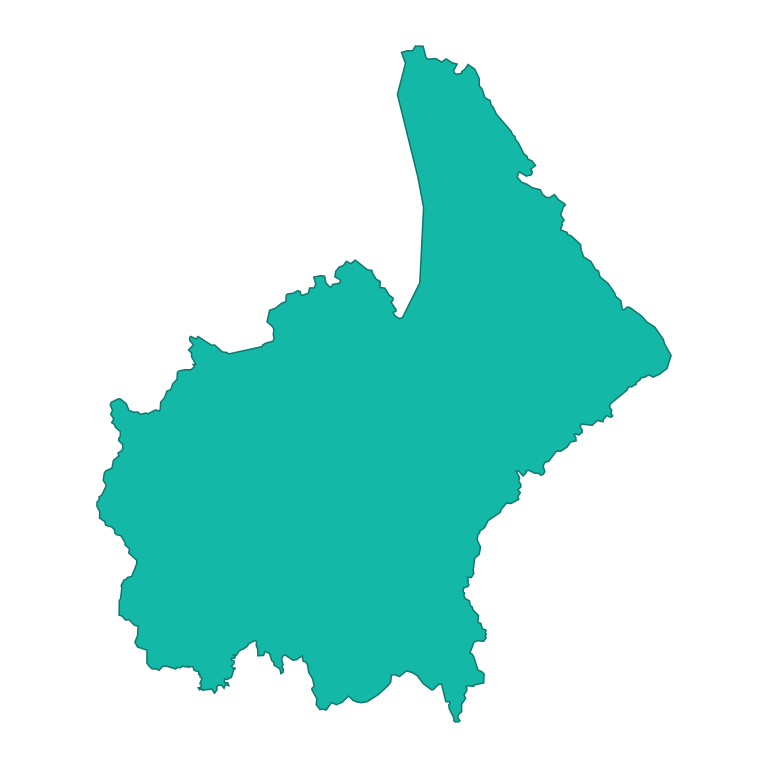 Sangkhla Buri, Kanchanaburi, Thailand
{"feature_id": "78962969B87118801609333", "entity_name": "Sangkhla Buri", "entity_type": "district", "adm_level": 2, "iso_a3": "THA", "parent_name": "Thailand", "parent_adm1": "Kanchanaburi", "projection": "albers", "projection_center": [98.539, 15.257], "detail": "fine", "context": "isolated", "style": "filled", "palette": "teal", "viewbox_px": 768, "rotation_deg": 0, "n_neighbors": 0, "source": "geoboundaries", "source_scale": "gbopen_adm2", "svg_char_len": 6088}
<svg xmlns="http://www.w3.org/2000/svg" viewBox="0 0 768 768"><path d="M667.0,368.4L671.1,355.5L664.7,344.1L663.3,339.3L654.6,326.9L647.1,322.2L641.3,315.8L629.6,307.3L627.2,307.1L624.0,309.8L622.2,309.3L620.9,300.8L615.6,296.2L614.5,292.7L608.1,283.5L600.0,276.9L598.5,270.9L595.4,269.5L590.9,261.5L583.6,256.8L581.2,250.3L580.5,244.5L571.2,235.9L567.7,234.6L567.0,232.4L560.4,229.7L562.3,224.9L561.7,223.1L564.1,220.3L560.6,214.9L563.5,206.6L565.4,205.2L564.9,204.1L558.2,199.5L554.5,194.6L549.4,197.7L546.4,197.4L542.2,194.1L540.3,189.7L532.0,187.7L527.3,184.4L521.5,182.2L517.1,177.0L519.1,171.7L526.2,176.1L531.4,174.8L532.3,172.1L530.8,169.2L535.5,165.5L532.2,161.1L527.8,159.0L526.8,156.0L523.9,153.9L518.4,142.9L515.9,140.0L514.8,136.3L512.6,134.9L511.3,131.5L496.3,114.1L493.2,107.2L491.1,105.1L490.2,100.6L485.0,97.8L482.3,89.5L479.2,85.6L479.2,78.5L474.8,69.2L468.0,64.5L465.1,69.1L461.7,71.6L461.6,73.3L456.4,74.3L454.3,72.9L453.6,70.8L457.1,64.1L452.1,62.8L446.3,58.9L441.6,62.0L435.7,58.6L427.7,59.2L425.9,57.1L423.1,46.2L415.3,46.1L412.7,50.7L407.1,50.8L401.5,52.5L405.5,63.3L397.4,94.4L417.9,177.2L423.6,207.4L419.8,282.8L402.9,316.7L401.6,318.1L399.0,318.4L394.8,315.8L393.1,312.2L395.9,311.3L396.1,309.8L391.0,302.2L392.7,300.7L393.2,298.2L389.0,294.9L384.9,288.1L379.9,287.5L380.3,281.5L376.3,279.3L372.5,273.2L371.9,270.4L367.6,269.9L355.2,260.1L350.9,263.7L346.5,261.3L343.0,265.8L339.2,267.0L335.8,271.2L334.9,276.9L339.9,279.6L340.4,281.7L339.0,283.4L332.9,284.3L331.2,287.0L329.9,287.1L325.8,282.8L324.6,276.2L321.1,275.6L313.8,277.1L315.8,284.2L314.2,287.9L309.6,288.0L308.3,293.3L301.8,295.4L300.8,294.9L300.3,291.6L297.8,290.7L292.9,293.3L287.3,294.0L286.2,295.3L285.9,301.7L281.8,303.1L275.6,308.1L269.6,310.3L267.0,321.8L272.7,326.8L273.8,329.3L273.3,334.8L274.2,338.7L272.7,341.3L265.4,343.3L262.6,345.1L262.2,346.6L229.0,353.9L226.7,352.5L222.3,351.9L214.8,345.1L211.3,345.1L198.0,336.5L196.2,338.9L190.6,336.4L189.6,337.5L189.8,340.7L193.5,344.8L188.5,350.0L191.5,352.9L191.6,357.0L195.8,364.3L193.1,364.5L194.3,365.8L193.8,367.3L190.8,369.8L184.9,369.7L179.0,370.9L177.4,372.4L177.0,379.2L172.7,384.0L170.7,389.7L166.9,391.1L164.7,397.5L160.7,402.1L160.2,409.5L159.2,411.0L155.5,409.9L148.0,413.8L145.9,413.0L140.5,414.4L138.0,412.0L134.0,412.2L129.0,410.5L126.2,403.6L120.1,398.9L118.4,398.8L111.3,402.2L110.2,404.9L112.5,410.3L110.7,414.3L113.8,419.0L111.6,422.7L114.5,424.5L115.4,427.3L120.2,431.3L120.4,436.0L118.7,438.5L118.7,440.7L122.6,444.4L122.9,448.4L121.5,450.7L118.0,453.0L118.8,456.0L113.5,460.2L111.9,468.2L105.8,470.8L104.3,473.1L103.2,480.3L106.4,485.3L101.8,495.0L98.9,497.1L99.3,499.5L97.0,502.1L96.9,506.2L99.8,511.7L99.5,518.1L104.8,521.6L105.6,525.2L112.0,527.1L114.5,529.8L115.0,533.4L116.4,534.6L120.9,535.7L125.1,542.6L125.0,544.9L129.5,548.8L128.7,552.9L136.8,560.3L136.6,564.1L131.7,576.4L127.3,577.5L125.8,579.5L123.9,580.0L121.2,585.5L121.8,588.1L120.6,598.5L119.3,600.6L119.1,615.3L121.7,615.8L125.8,620.2L128.9,619.5L134.2,625.1L138.1,626.3L137.5,635.8L134.9,642.1L137.6,647.1L147.0,650.1L146.9,663.1L149.1,666.2L152.2,669.0L156.6,669.0L159.0,670.3L163.0,666.2L166.9,666.2L175.7,669.0L176.9,667.6L180.8,667.6L182.9,666.1L186.0,667.0L187.9,666.3L188.3,667.2L192.8,666.4L194.1,670.4L198.9,671.8L198.6,674.3L199.9,674.7L200.0,676.9L202.0,678.3L199.9,683.6L201.2,684.4L201.0,687.3L198.2,687.8L199.5,689.8L201.6,688.5L202.3,690.2L211.9,689.1L214.5,693.2L217.0,689.9L216.9,686.7L218.5,685.2L221.9,685.5L224.0,688.3L225.4,684.4L228.8,685.7L227.8,682.8L224.3,682.2L224.5,678.9L227.0,679.5L231.4,677.3L233.8,669.6L235.0,669.0L235.0,667.9L233.6,668.5L231.3,665.9L233.7,664.2L234.2,662.0L233.8,660.5L231.4,660.3L231.5,658.3L234.4,658.2L235.3,656.5L233.6,655.3L236.4,655.2L239.3,650.7L243.6,648.8L246.9,646.6L249.2,643.4L255.4,640.4L256.5,641.7L256.2,645.6L257.6,648.7L257.9,655.8L263.6,655.4L265.0,651.4L269.5,653.5L271.7,660.4L274.0,662.7L273.9,665.0L279.8,668.8L280.9,673.6L283.1,672.3L283.3,669.1L281.9,666.7L283.1,664.6L281.6,659.5L282.6,656.3L285.0,654.9L293.0,660.2L296.3,659.8L302.3,655.8L303.1,661.2L305.5,661.8L307.5,664.6L308.7,672.4L312.5,678.8L314.3,686.5L312.0,688.2L311.8,689.7L316.9,698.7L316.2,704.7L320.1,709.7L322.2,709.0L326.2,710.0L331.5,702.5L336.3,704.7L342.1,702.3L348.6,696.1L353.0,700.4L357.0,702.0L361.1,702.7L367.4,701.6L378.5,694.4L388.2,685.5L390.8,681.8L391.3,675.3L394.6,674.6L399.5,676.5L406.3,671.0L411.7,672.3L417.1,675.5L423.4,683.8L431.6,689.9L433.4,689.6L438.6,684.3L441.6,684.1L445.8,701.7L449.7,701.9L449.9,703.6L448.7,704.8L449.3,708.8L453.9,718.0L453.9,721.0L455.3,721.9L458.8,721.7L459.9,720.7L458.0,718.2L458.1,714.7L461.7,711.7L461.5,704.6L465.6,698.2L464.0,695.1L466.9,690.3L466.4,686.5L468.2,685.7L473.6,686.4L474.2,685.0L483.7,682.9L484.1,674.0L481.8,671.7L477.9,670.0L473.7,656.6L472.0,654.0L469.9,653.1L474.0,642.2L477.3,640.7L483.7,641.3L486.1,637.8L485.2,636.0L486.4,634.4L485.4,632.8L486.1,630.1L482.3,628.7L480.8,623.3L477.8,622.3L478.5,615.4L473.2,610.3L472.1,606.9L470.1,605.4L469.5,600.8L465.5,598.8L463.8,595.9L464.5,593.0L462.9,591.5L463.9,587.7L467.8,586.6L468.9,584.7L467.7,582.2L468.4,580.8L467.4,577.3L471.4,577.5L473.8,573.2L473.2,570.1L474.7,558.3L479.2,554.3L480.5,547.1L477.1,539.6L478.0,534.3L479.7,533.0L479.8,531.1L484.6,527.6L488.1,520.6L500.0,512.5L501.4,509.1L506.5,503.2L511.0,503.5L518.7,499.4L517.8,496.6L520.3,492.7L517.9,489.7L520.8,487.1L520.8,484.5L518.6,480.7L519.7,478.0L516.2,471.0L518.7,471.0L523.0,476.0L526.0,472.9L526.1,471.4L528.3,470.2L534.9,473.3L538.4,473.1L540.8,475.3L543.4,474.2L544.8,471.6L543.1,466.0L544.8,462.5L548.8,461.2L556.4,451.1L561.0,451.1L567.0,447.1L570.6,442.0L576.1,440.9L575.8,437.3L574.2,434.9L575.2,433.9L578.8,435.0L582.2,432.3L582.3,430.2L580.1,426.6L581.3,424.0L592.2,425.3L597.1,420.6L603.0,421.7L603.2,419.8L606.8,415.5L610.3,417.2L612.0,416.8L612.6,415.8L611.0,413.3L611.7,410.2L609.5,407.1L610.6,403.6L626.8,390.3L628.8,386.7L632.2,386.8L633.4,385.3L635.9,384.7L636.4,382.4L640.2,379.7L640.4,378.1L644.9,377.1L648.8,374.8L653.1,377.1L659.4,374.3L667.0,368.4Z" fill="#14b8a6" stroke="#0f766e" stroke-width="1.5"/></svg>